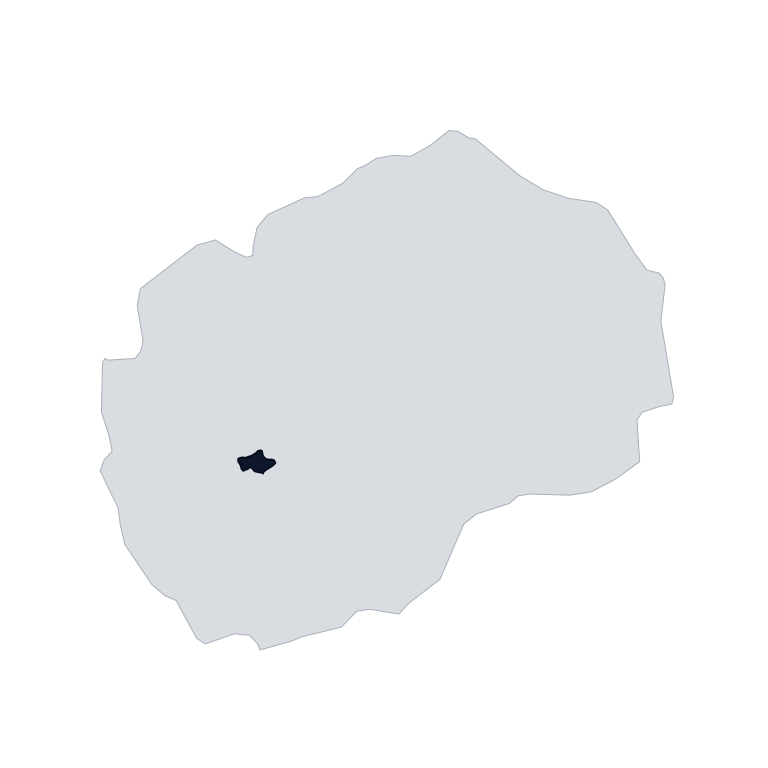 Plasnica on a map of North Macedonia (Albers equal-area conic projection), rotated 348°
{"feature_id": "MKD-2902", "entity_name": "Plasnica", "entity_type": "Statistical Region", "adm_level": 1, "iso_a3": "MKD", "parent_name": "North Macedonia", "parent_adm1": "", "projection": "albers", "projection_center": [21.117, 41.443], "detail": "fine", "context": "in_parent", "style": "filled", "palette": "ink", "viewbox_px": 768, "rotation_deg": 348, "n_neighbors": 0, "source": "natural_earth", "source_scale": "10m", "svg_char_len": 1752}
<svg xmlns="http://www.w3.org/2000/svg" viewBox="0 0 768 768"><g transform="rotate(348 384 384)"><path d="M345.4,185.4L358.1,187.0L385.8,178.9L403.0,167.8L411.8,166.1L423.4,161.7L440.3,162.2L457.4,166.8L479.0,160.2L500.1,149.7L508.7,152.2L518.0,160.8L524.2,163.1L560.2,208.6L579.9,227.0L603.0,240.7L629.4,250.6L639.0,260.3L656.6,309.0L665.0,327.4L676.2,332.7L679.0,338.0L679.7,345.1L667.9,379.9L664.5,457.2L661.4,463.4L648.2,463.3L630.7,465.3L624.1,471.4L617.9,513.1L589.8,525.5L564.3,532.6L542.6,531.4L504.5,522.1L492.1,521.2L481.5,526.9L447.6,530.3L432.8,537.7L398.2,586.6L362.7,603.6L350.7,612.1L323.4,601.5L310.4,600.5L291.7,612.9L250.4,614.2L239.3,616.4L207.5,618.3L206.2,611.6L200.3,601.8L185.5,597.2L155.2,601.0L147.9,593.8L135.6,552.5L126.0,545.8L115.2,531.9L97.1,486.9L96.8,467.3L98.2,450.1L88.3,409.9L94.7,399.8L104.1,393.4L104.3,377.2L101.8,352.6L113.2,304.4L116.3,301.0L119.1,303.3L145.9,307.3L152.9,301.2L157.3,291.7L158.9,256.4L165.4,240.1L230.1,209.2L249.1,208.1L263.7,222.3L275.3,231.4L282.2,231.1L284.7,221.9L292.5,204.3L305.7,194.1L345.0,185.3L345.4,185.4Z" fill="#d9dde1" stroke="#a8b0b8" stroke-width="1"/><path d="M249.6,423.1L250.7,423.9L250.8,424.7L250.8,426.7L250.8,428.7L251.1,429.8L252.0,431.3L253.3,432.8L256.1,434.0L258.4,434.3L260.7,435.6L261.4,438.1L261.4,439.0L261.1,439.1L257.8,441.1L255.0,442.1L251.4,443.4L249.2,444.4L247.5,445.6L247.1,446.5L245.9,445.5L242.3,444.1L239.2,442.6L237.5,439.5L236.7,437.9L234.8,438.1L232.8,439.1L232.6,439.1L231.1,439.1L228.3,439.9L226.8,437.5L226.8,435.2L226.3,432.5L225.2,429.8L225.4,427.7L226.0,426.5L229.6,426.1L233.8,427.3L236.1,426.7L237.3,426.7L239.6,426.5L241.7,425.7L243.4,425.2L244.9,424.4L246.7,423.1L249.6,423.1Z" fill="#0f172a" stroke="#020617" stroke-width="1.5"/></g></svg>